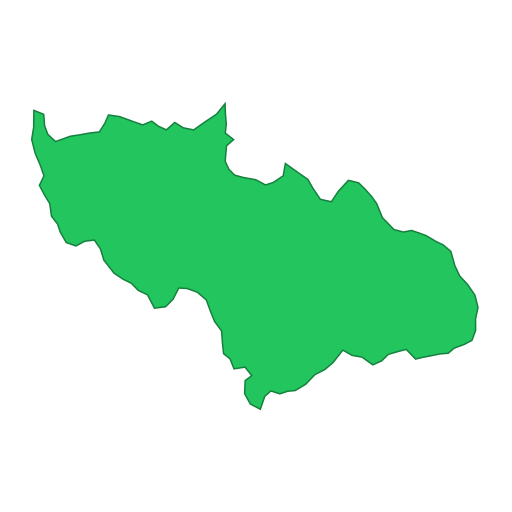 Juatuba, Minas Gerais, Brazil, rotated 178°
{"feature_id": "56859067B43711493221364", "entity_name": "Juatuba", "entity_type": "district", "adm_level": 2, "iso_a3": "BRA", "parent_name": "Brazil", "parent_adm1": "Minas Gerais", "projection": "natural_earth1", "projection_center": [-44.35, -19.955], "detail": "fine", "context": "isolated", "style": "filled", "palette": "green", "viewbox_px": 512, "rotation_deg": 178, "n_neighbors": 0, "source": "geoboundaries", "source_scale": "gbopen_adm2", "svg_char_len": 1747}
<svg xmlns="http://www.w3.org/2000/svg" viewBox="0 0 512 512"><g transform="rotate(178 256 256)"><path d="M359.3,207.4L348.2,208.4L340.4,215.7L334.3,226.7L326.0,225.9L316.0,221.9L307.2,213.8L303.2,201.6L299.6,191.9L293.0,182.3L292.6,171.0L291.8,159.5L285.6,154.2L281.9,144.0L270.9,145.3L264.4,136.6L271.2,131.9L272.2,118.9L266.8,108.2L257.0,102.7L252.1,115.5L245.9,120.6L237.0,117.4L229.3,119.7L221.4,120.2L210.8,126.1L201.4,135.3L191.1,140.2L182.7,146.8L172.5,158.9L163.4,153.3L153.5,151.2L143.0,143.1L134.1,146.8L127.1,153.1L116.9,155.7L109.1,157.4L100.1,147.4L93.0,148.9L84.5,150.2L75.9,151.7L67.3,152.1L61.1,157.0L50.9,160.4L43.1,164.2L39.1,174.0L38.8,185.5L35.9,196.8L38.6,209.3L45.7,220.4L53.0,228.7L57.6,239.3L61.1,253.8L68.6,260.6L75.5,264.2L84.9,270.2L92.2,273.3L99.7,276.1L107.8,274.8L117.2,277.6L128.3,289.9L133.6,304.2L138.5,311.6L144.6,318.9L150.8,325.5L161.0,328.4L171.5,317.8L178.8,307.6L189.7,310.4L197.0,322.1L201.5,330.8L210.9,337.8L223.4,347.4L226.0,335.2L236.2,328.9L244.0,326.7L253.7,332.3L265.6,334.8L274.6,337.6L280.0,343.5L283.5,351.8L281.6,367.2L274.3,373.1L282.4,379.9L281.1,388.9L281.6,400.1L281.6,409.3L290.5,399.1L302.0,392.0L313.9,384.2L324.4,386.7L332.5,392.3L341.2,385.2L349.0,389.1L355.5,394.4L364.6,391.0L376.0,395.4L387.5,400.1L398.5,402.1L402.5,393.8L408.2,385.5L418.6,384.6L427.8,383.3L437.7,382.1L445.0,379.7L452.3,377.4L459.8,384.8L462.7,393.5L463.2,405.0L472.9,409.3L473.7,392.5L476.1,380.3L473.2,366.7L468.4,354.2L465.1,343.5L470.0,334.2L465.6,325.0L460.3,315.5L459.0,302.9L453.3,295.0L450.7,286.5L445.2,276.1L435.6,272.3L426.7,276.7L417.0,277.6L411.2,268.5L408.2,257.2L398.5,243.8L389.6,237.4L381.6,233.1L374.8,225.7L365.8,221.0L359.3,207.4Z" fill="#22c55e" stroke="#15803d" stroke-width="1.5"/></g></svg>